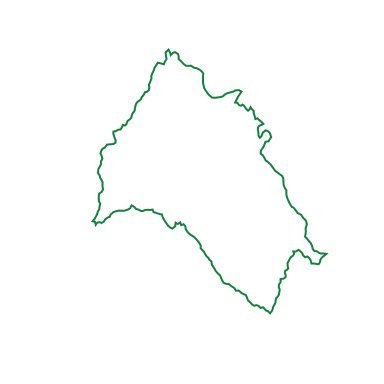 Pindamonhangaba, São Paulo, Brazil, rotated 339°
{"feature_id": "56859067B24511577204159", "entity_name": "Pindamonhangaba", "entity_type": "district", "adm_level": 2, "iso_a3": "BRA", "parent_name": "Brazil", "parent_adm1": "São Paulo", "projection": "equal_earth", "projection_center": [-45.457, -22.887], "detail": "fine", "context": "isolated", "style": "outline", "palette": "green", "viewbox_px": 384, "rotation_deg": 339, "n_neighbors": 0, "source": "geoboundaries", "source_scale": "gbopen_adm2", "svg_char_len": 4075}
<svg xmlns="http://www.w3.org/2000/svg" viewBox="0 0 384 384"><g transform="rotate(339 192 192)"><path d="M120.3,123.3L120.6,126.2L120.3,128.8L118.0,130.7L116.7,133.8L112.9,137.0L111.0,140.3L111.7,143.5L111.3,145.7L111.8,148.1L112.0,151.0L110.6,154.2L109.9,157.6L107.6,159.6L104.8,160.2L103.3,162.7L101.7,167.4L102.1,170.2L100.7,172.0L99.4,174.6L96.9,176.8L95.4,178.8L94.0,180.0L91.9,181.9L88.8,183.7L90.7,185.0L90.4,188.1L92.4,186.6L94.5,186.9L96.6,188.5L98.9,188.1L101.2,186.4L104.1,185.6L106.2,185.7L108.0,183.8L111.6,182.6L114.3,182.8L116.9,183.1L119.0,184.0L121.8,185.2L124.8,185.4L126.5,185.4L128.6,184.9L130.8,182.8L132.7,185.2L133.9,188.0L135.6,189.1L137.5,191.3L139.2,192.2L141.6,192.0L144.1,192.6L146.3,193.8L148.9,194.3L148.9,197.1L150.5,198.1L152.4,199.8L154.0,201.2L155.9,202.1L155.6,204.9L156.1,208.9L156.9,212.0L157.6,214.8L158.9,217.3L160.6,219.1L164.1,217.9L165.7,214.8L167.1,216.8L170.0,216.1L170.0,219.1L172.5,219.0L173.5,221.6L172.8,224.8L173.8,228.5L175.2,231.3L176.5,232.9L178.1,235.1L179.2,237.9L180.3,241.1L181.0,245.0L179.9,247.5L180.8,249.8L181.8,252.1L182.0,254.5L182.6,257.4L183.6,259.2L184.0,261.7L185.2,263.7L184.5,267.3L185.5,271.1L185.9,274.5L187.0,277.3L188.3,279.9L188.4,282.3L188.4,285.3L189.1,288.3L191.4,290.3L193.4,291.2L195.0,294.0L197.1,296.8L197.7,299.9L200.2,300.7L202.2,304.2L205.3,307.6L205.5,310.5L205.4,313.3L206.9,316.1L207.9,318.8L209.3,320.5L211.5,320.7L213.3,322.1L214.5,324.8L217.2,325.2L218.5,329.0L220.3,330.7L221.4,333.3L223.7,331.9L225.3,330.3L226.3,328.6L230.1,325.4L231.2,323.2L232.5,321.3L234.6,320.3L236.4,318.9L238.9,314.6L238.9,311.8L240.1,309.5L242.4,307.9L243.5,305.0L246.5,305.7L248.7,305.1L249.7,303.4L249.7,300.6L250.9,298.8L252.6,298.8L254.5,297.8L254.8,295.4L255.7,292.6L257.5,291.1L260.4,288.5L263.2,287.7L265.2,286.2L265.3,283.9L267.4,284.8L270.8,284.2L272.9,288.1L273.1,291.4L274.3,293.5L276.5,293.5L277.6,295.2L278.3,298.0L277.9,301.6L280.5,302.6L282.3,303.8L284.5,304.7L286.5,303.2L287.7,301.0L290.2,299.6L293.0,298.7L295.2,298.0L292.6,296.4L290.5,295.7L289.0,294.6L287.0,291.8L285.1,291.1L284.3,288.5L284.8,285.2L284.5,282.0L283.6,280.0L282.7,276.6L281.5,274.3L282.5,272.7L284.1,269.8L285.0,266.7L286.2,265.1L287.5,263.6L288.0,261.4L288.0,259.1L286.5,256.1L285.6,252.1L283.2,249.8L282.3,246.4L281.2,242.9L279.8,241.7L279.2,238.4L278.9,235.7L278.8,231.4L279.2,228.1L280.7,224.4L280.1,221.5L280.1,218.2L280.9,215.7L282.1,211.9L281.9,209.3L280.1,206.6L279.0,204.6L277.3,202.2L276.2,198.1L275.3,194.6L273.5,191.0L272.1,188.9L271.8,186.0L271.3,183.2L269.8,180.7L271.3,177.9L273.3,176.6L275.0,175.3L276.9,173.4L278.6,171.4L281.5,172.1L285.6,169.1L285.8,164.8L284.4,162.0L282.7,160.8L279.4,162.0L276.6,164.9L274.8,165.7L274.2,163.4L275.3,160.4L275.8,157.6L276.6,155.5L278.5,154.3L281.4,154.3L283.1,154.0L282.1,151.7L280.7,149.1L279.2,146.5L277.3,146.6L277.7,143.8L277.9,140.4L278.6,138.4L277.5,136.0L277.1,133.8L275.1,135.6L273.5,136.2L272.3,133.7L271.6,130.3L270.6,128.6L268.6,129.0L267.0,127.7L266.4,125.0L264.3,123.9L266.3,122.1L268.9,119.7L271.4,118.0L274.2,116.0L272.3,113.7L268.8,112.7L266.8,113.1L260.1,112.4L257.4,112.8L255.0,113.8L252.2,113.5L249.7,112.9L247.2,112.3L244.4,110.9L242.6,107.3L241.9,105.2L241.3,102.7L240.6,99.4L241.4,93.9L243.4,88.7L245.0,85.4L244.2,82.7L242.8,80.4L240.9,78.3L238.4,76.6L236.3,73.7L233.2,72.7L231.6,72.0L229.9,69.2L228.9,66.5L227.2,63.2L228.1,60.8L228.5,58.3L226.4,55.5L224.7,55.1L221.2,56.5L221.5,54.3L221.1,50.7L217.4,52.3L216.4,55.8L216.0,58.6L213.0,60.9L211.4,62.7L208.1,60.1L206.4,59.1L203.0,61.6L201.3,62.8L200.0,64.6L197.7,66.7L195.7,69.0L194.7,71.7L191.6,75.1L190.2,76.3L189.5,79.5L188.0,81.5L185.9,82.3L183.8,82.0L181.9,83.9L179.0,85.4L177.8,87.0L175.6,87.8L173.7,88.3L171.9,89.2L170.3,90.9L169.1,93.0L167.5,95.6L165.5,96.8L163.5,98.5L162.0,100.9L160.2,101.8L157.1,102.7L155.2,105.1L153.3,106.0L151.4,104.6L149.7,106.5L147.6,108.0L145.5,107.4L142.7,107.9L140.3,107.4L139.4,109.6L139.2,113.2L139.2,116.5L138.3,118.5L135.8,119.0L132.5,118.1L129.6,117.3L126.6,119.3L123.9,119.6L122.0,121.1L120.3,123.3Z" fill="none" stroke="#15803d" stroke-width="2"/></g></svg>